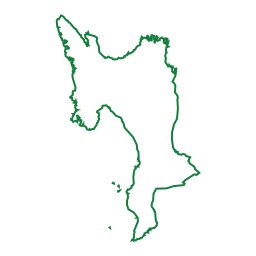 Leyte, Leyte, Philippines
{"feature_id": "2640588B34650846802583", "entity_name": "Leyte", "entity_type": "district", "adm_level": 2, "iso_a3": "PHL", "parent_name": "Philippines", "parent_adm1": "Leyte", "projection": "mercator", "projection_center": [124.645, 10.874], "detail": "fine", "context": "isolated", "style": "outline", "palette": "green", "viewbox_px": 256, "rotation_deg": 0, "n_neighbors": 0, "source": "geoboundaries", "source_scale": "gbopen_adm2", "svg_char_len": 5626}
<svg xmlns="http://www.w3.org/2000/svg" viewBox="0 0 256 256"><path d="M199.3,172.8L195.1,169.2L194.5,166.9L189.4,163.2L189.2,161.6L188.3,160.9L190.2,157.3L185.9,155.9L185.1,154.5L182.8,154.0L181.2,154.8L177.9,153.8L177.8,151.9L176.9,151.9L176.4,152.3L175.8,152.2L175.6,151.8L175.2,151.2L175.1,150.1L174.0,149.4L173.0,147.1L171.9,138.9L172.0,132.7L174.0,124.4L177.0,118.8L177.9,108.5L177.4,100.1L177.8,97.2L177.4,95.7L174.9,92.2L175.4,85.7L174.1,83.1L172.5,81.7L175.5,75.5L176.3,68.6L174.9,68.8L174.9,69.2L174.9,68.8L175.3,68.9L175.3,69.1L174.4,71.7L175.3,73.3L174.5,73.6L172.1,71.5L172.3,68.6L173.0,67.4L172.7,66.4L171.6,66.4L171.2,67.3L169.3,64.9L169.0,66.4L168.0,66.3L165.3,61.7L165.9,58.3L165.2,55.9L165.8,53.4L166.7,52.5L166.0,51.0L166.3,47.3L168.2,46.7L167.1,46.2L167.1,45.5L166.3,45.6L166.6,45.5L166.9,45.3L166.6,44.7L167.5,45.0L168.2,42.3L167.2,43.1L166.3,43.5L164.4,43.1L163.6,42.0L164.1,39.7L162.0,37.5L159.8,38.6L159.8,40.0L157.7,40.8L157.0,38.9L155.8,38.5L155.1,40.4L155.7,40.0L156.3,40.3L154.7,41.5L154.9,42.5L155.7,42.8L155.1,42.7L154.3,42.0L154.8,39.8L153.6,38.8L153.8,37.5L153.5,37.1L153.6,36.5L152.2,35.2L150.9,36.4L151.6,38.1L151.3,39.5L152.2,40.9L150.4,39.5L149.4,40.7L148.1,39.8L148.4,39.2L149.9,39.5L150.0,38.4L149.3,37.8L147.5,37.8L147.5,39.0L145.7,36.7L146.5,37.9L146.1,38.3L143.8,37.6L143.0,38.2L141.7,36.8L141.2,38.3L142.0,39.2L140.7,39.9L141.1,40.9L140.1,42.2L140.4,44.7L137.1,46.4L134.8,49.9L133.7,50.0L133.5,51.4L129.8,53.7L128.7,53.4L129.1,53.1L128.6,52.7L128.2,53.5L128.1,52.9L126.8,54.9L125.1,55.9L125.0,56.5L124.4,56.2L123.5,57.7L120.8,58.4L118.7,57.7L117.3,59.1L114.7,59.5L112.8,59.2L112.4,58.4L109.5,57.5L108.6,56.6L106.4,57.9L105.5,57.7L105.1,57.2L104.7,57.7L99.3,52.1L98.8,46.3L96.6,41.6L97.1,37.9L94.6,36.1L89.1,34.7L87.8,33.3L88.4,33.0L88.1,32.1L87.3,33.2L87.4,34.0L86.6,33.6L86.8,34.3L85.1,34.7L85.5,37.8L87.3,39.0L88.0,40.8L87.5,41.8L88.2,42.4L87.8,43.3L88.5,45.0L87.7,44.7L87.4,46.0L87.0,46.0L85.8,43.0L84.3,41.7L84.1,39.9L81.0,36.7L81.1,35.2L80.1,35.1L79.2,33.9L76.7,30.7L76.5,29.5L74.2,28.1L69.6,22.5L68.6,22.4L67.7,20.5L66.6,20.5L63.3,16.6L61.2,15.4L58.8,19.2L57.6,19.0L56.7,20.9L57.3,26.9L59.0,27.4L58.1,28.1L58.8,31.9L60.7,33.2L59.7,34.0L61.2,34.6L60.1,35.6L61.1,38.0L62.1,38.5L61.8,39.9L63.2,40.7L64.5,40.2L64.7,41.1L66.4,40.7L66.9,41.3L65.8,42.0L66.3,42.3L65.6,43.0L63.3,42.8L63.8,45.5L64.9,46.5L67.1,46.0L68.9,47.8L68.7,48.7L67.9,48.8L65.7,48.2L64.9,51.5L65.3,52.5L66.1,52.7L65.3,54.3L65.8,56.2L68.4,58.4L69.3,57.3L70.6,57.8L70.2,59.2L69.2,59.8L69.8,60.4L70.7,60.3L72.0,58.5L73.4,58.8L73.5,60.2L72.3,60.9L72.6,62.3L71.2,62.6L72.0,65.3L72.8,64.7L73.6,65.3L72.4,65.9L73.0,67.9L73.9,67.2L75.6,68.4L74.3,69.6L74.4,70.7L73.6,70.2L72.7,70.6L72.9,72.2L73.7,72.9L72.4,74.4L72.7,77.9L75.5,87.3L75.3,89.7L74.9,90.8L73.3,90.8L72.6,92.6L72.9,94.7L70.1,97.2L70.6,97.9L72.1,97.9L72.3,100.1L74.1,100.9L74.6,102.4L75.3,102.5L75.1,101.8L75.5,101.0L75.6,102.2L76.0,102.1L75.5,101.4L76.2,101.5L76.1,102.3L75.6,102.6L76.1,102.6L76.3,102.2L76.5,102.5L76.0,103.0L74.9,103.0L75.9,103.8L75.2,105.4L75.6,105.7L76.0,105.3L76.3,105.2L76.4,105.4L75.5,105.9L75.1,107.4L75.9,109.3L77.4,109.8L76.5,110.0L76.5,111.2L75.6,111.2L74.2,114.0L73.2,114.0L73.9,114.6L73.7,115.2L73.2,115.4L71.9,119.3L71.1,119.0L71.1,120.0L72.2,120.3L73.1,121.8L76.1,120.7L77.3,122.0L77.8,119.5L77.1,115.8L77.6,115.6L78.7,116.6L78.4,117.7L79.5,117.8L78.7,119.5L80.3,119.7L80.2,120.3L80.7,120.0L81.4,120.8L80.6,123.6L79.5,124.9L80.0,125.5L82.0,126.0L83.3,124.0L83.3,125.5L86.2,127.2L86.8,129.1L87.6,129.6L89.2,129.8L89.5,129.2L90.3,130.0L92.6,128.9L93.7,129.2L96.4,125.2L97.0,123.0L98.1,122.3L98.1,120.9L99.3,119.1L98.3,117.0L99.1,115.4L99.1,113.4L97.1,112.3L97.2,111.3L102.3,107.9L102.5,105.8L106.4,105.3L108.2,107.4L108.4,106.9L109.5,107.4L110.8,111.0L112.3,111.6L115.8,115.6L120.6,117.6L121.8,119.3L122.1,121.4L123.6,123.2L124.6,127.7L133.0,137.0L136.6,144.4L137.1,147.1L136.8,148.4L138.4,151.9L138.7,155.8L138.0,158.8L138.7,158.6L138.5,160.9L139.2,160.9L139.9,162.9L139.3,164.6L138.1,165.5L138.4,166.7L135.3,166.6L135.9,168.4L134.7,169.4L134.2,170.9L133.3,177.2L133.8,183.3L132.6,185.6L131.6,185.8L131.4,187.9L128.8,189.6L127.8,189.4L126.5,191.6L126.7,192.7L128.3,193.5L127.6,193.9L128.0,197.4L127.1,200.3L126.9,204.6L128.5,209.4L130.1,210.2L129.8,210.7L130.2,210.4L133.6,212.3L137.2,217.0L136.7,217.6L137.4,217.5L137.8,218.9L137.9,221.5L134.0,231.2L134.6,232.0L133.8,235.2L134.1,236.7L133.0,239.6L132.1,239.7L131.8,240.4L133.3,239.9L133.8,240.6L134.1,239.9L135.8,240.4L137.4,238.9L138.9,239.2L140.6,238.0L141.5,238.2L143.3,235.9L144.7,235.3L144.1,234.5L144.5,233.4L146.6,232.3L148.2,232.6L148.0,231.5L149.2,230.2L148.4,230.1L149.0,229.4L149.9,228.6L150.6,229.4L150.7,228.6L154.4,228.0L156.8,225.4L157.1,222.5L155.9,221.1L155.1,211.8L154.3,211.4L154.1,209.9L151.7,206.6L151.6,204.1L153.1,200.2L153.6,193.5L156.2,188.7L166.5,188.4L173.7,186.1L183.8,185.1L184.6,183.6L183.0,182.5L185.2,180.2L194.4,174.3L196.5,174.9L199.3,172.8ZM165.0,38.5L163.7,39.1L164.4,40.0L163.8,41.9L164.6,43.1L166.5,43.3L168.1,41.6L167.5,40.6L166.6,41.1L167.2,40.1L165.6,39.6L165.0,38.5ZM119.7,190.5L118.1,191.0L118.1,191.6L119.0,191.5L119.7,190.5ZM154.2,36.0L153.1,35.7L153.7,36.4L154.0,37.3L154.2,36.0ZM113.1,182.7L112.8,183.2L114.0,183.6L113.9,183.1L113.1,182.7ZM166.5,38.5L166.3,39.3L167.1,39.2L167.3,38.7L166.5,38.5ZM157.5,37.4L156.6,36.2L156.3,36.4L156.7,37.5L157.5,37.4ZM175.7,150.9L175.2,151.2L176.4,152.2L175.9,151.6L175.7,150.9ZM147.8,35.7L147.4,35.8L147.1,36.3L148.1,36.6L147.8,35.7ZM118.7,185.6L118.2,186.1L118.9,186.7L118.9,186.1L118.7,185.6ZM110.0,227.9L109.9,227.4L109.6,227.6L110.0,227.9Z" fill="none" stroke="#15803d" stroke-width="2"/></svg>